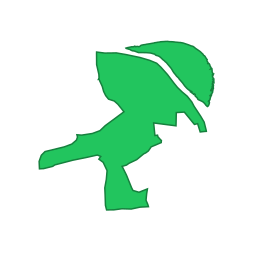 Waraq, Al Jizah, Egypt (orthographic projection), rotated 346°
{"feature_id": "37247803B78325352338503", "entity_name": "Waraq", "entity_type": "district", "adm_level": 2, "iso_a3": "EGY", "parent_name": "Egypt", "parent_adm1": "Al Jizah", "projection": "orthographic", "projection_center": [31.223, 30.097], "detail": "fine", "context": "isolated", "style": "filled", "palette": "green", "viewbox_px": 256, "rotation_deg": 346, "n_neighbors": 0, "source": "geoboundaries", "source_scale": "gbopen_adm2", "svg_char_len": 5356}
<svg xmlns="http://www.w3.org/2000/svg" viewBox="0 0 256 256"><g transform="rotate(346 128 128)"><path d="M132.1,191.8L123.1,193.0L117.7,189.8L117.0,186.7L115.1,173.3L113.0,163.8L117.6,163.6L120.4,162.5L128.8,160.8L136.1,157.3L136.9,156.9L139.3,156.4L142.2,155.2L145.9,151.9L156.7,150.2L157.4,148.1L157.0,147.7L154.9,143.8L154.9,142.1L152.3,141.8L154.1,129.3L175.1,137.5L178.6,124.7L186.5,126.2L193.3,140.6L196.6,140.6L196.7,142.3L197.1,149.3L201.6,149.9L203.2,150.2L203.3,149.1L203.3,140.7L201.4,134.3L197.4,123.0L196.2,118.1L193.1,111.4L189.3,106.2L185.8,100.6L183.5,95.7L179.2,85.6L174.6,76.9L171.5,72.1L165.4,67.6L156.7,62.5L143.9,56.3L134.8,52.3L127.8,50.7L127.2,50.5L125.3,50.1L123.9,49.8L115.9,46.7L115.6,47.7L112.9,58.9L112.7,69.0L112.0,72.5L111.2,73.5L111.6,73.5L113.1,81.5L113.2,86.6L114.2,91.2L116.1,95.3L121.2,98.5L124.0,102.6L128.0,111.3L106.5,120.2L100.2,123.8L92.1,124.7L81.3,123.7L76.8,122.2L76.8,124.6L75.0,127.3L69.6,130.0L61.5,130.9L41.8,130.8L37.3,133.5L33.7,138.9L32.2,146.2L36.3,147.0L45.7,147.0L48.0,146.1L66.8,145.9L79.9,146.5L91.7,146.8L94.7,149.0L92.2,151.2L95.6,155.3L97.4,164.3L94.5,172.7L91.0,180.5L89.6,187.4L87.4,197.6L87.4,202.3L94.6,204.0L102.6,204.9L111.5,207.4L120.6,207.7L128.8,209.3L128.7,206.8L128.0,202.5L130.2,196.3L132.1,191.8ZM151.7,54.5L152.0,54.4L153.3,55.2L155.9,57.0L156.5,57.4L159.0,58.0L163.9,59.3L167.5,60.5L168.2,60.8L169.1,61.3L170.9,62.4L171.5,62.6L171.9,63.0L172.2,63.6L172.3,63.8L173.0,64.4L174.3,65.1L174.9,65.5L175.5,66.0L176.1,66.7L176.6,67.3L178.5,70.3L179.6,71.6L180.1,72.6L180.9,73.6L181.3,74.3L181.8,75.4L184.1,80.1L184.8,82.0L185.1,83.2L185.8,85.3L186.2,86.2L187.0,87.8L187.6,89.3L187.9,89.8L188.7,91.0L189.1,91.7L189.3,92.1L189.6,93.2L190.2,94.2L191.9,97.6L192.8,99.9L193.3,101.1L193.9,102.1L194.0,102.4L194.2,102.8L195.1,104.3L195.9,105.4L196.5,106.1L197.2,106.6L197.2,107.6L197.3,108.0L197.5,107.9L197.7,107.7L198.0,107.6L198.3,107.7L198.4,107.9L198.4,108.2L198.7,108.2L198.8,108.4L198.3,108.9L198.3,109.0L198.5,109.5L199.0,109.9L199.2,110.1L199.7,110.8L199.7,111.2L199.8,111.2L200.0,111.2L200.4,111.0L200.6,110.9L201.1,111.4L201.3,111.7L201.3,111.9L201.1,112.4L200.9,112.6L200.8,112.8L201.1,113.5L202.3,115.3L202.5,115.9L202.7,116.9L202.9,117.3L203.3,117.7L204.1,118.3L206.1,119.9L207.2,121.0L207.6,121.6L208.0,122.3L208.5,123.2L209.1,124.7L210.2,126.4L210.4,126.4L211.0,126.1L211.3,125.9L211.6,125.6L212.1,125.0L212.5,124.4L213.0,123.4L213.2,123.0L213.1,122.8L212.9,122.5L212.9,122.4L213.1,122.1L213.2,121.9L213.1,121.7L212.6,121.4L212.8,121.2L213.0,121.1L213.4,121.2L213.5,121.2L213.9,120.6L214.4,120.4L214.4,120.1L215.0,119.0L215.7,117.8L216.2,117.2L215.7,116.9L215.5,116.7L215.2,116.4L215.0,116.0L215.6,116.5L215.8,116.7L216.4,116.9L216.6,116.8L216.8,116.6L217.2,115.8L217.2,115.6L216.9,115.4L217.2,115.1L217.5,115.1L217.8,114.7L218.2,114.4L218.3,114.1L218.7,113.8L219.0,113.4L219.0,113.2L218.9,112.8L218.8,112.6L218.4,112.3L218.1,112.2L217.7,112.0L217.4,111.9L217.3,111.7L217.5,111.2L217.8,111.2L218.4,111.4L218.8,111.5L219.0,111.5L219.2,111.3L219.6,111.5L219.6,111.4L219.5,111.2L218.7,110.2L218.8,109.9L219.0,109.8L219.5,110.4L219.8,110.6L220.0,110.6L220.3,110.6L220.4,110.4L220.5,110.2L220.5,109.7L220.6,109.4L220.6,109.2L220.4,109.0L219.9,108.7L219.7,108.5L219.6,108.4L219.8,108.2L220.1,108.1L220.3,108.2L220.6,108.4L220.8,108.4L221.1,107.8L221.1,107.6L220.9,107.4L220.5,107.3L220.4,107.3L220.3,107.1L220.4,106.9L220.6,106.9L221.2,107.2L221.3,107.1L221.3,106.9L221.3,106.7L220.6,106.4L220.4,106.2L220.4,105.9L220.6,105.4L220.8,105.0L221.1,104.8L221.3,104.7L221.5,105.0L222.1,105.2L222.3,105.1L222.3,104.9L222.2,104.7L221.2,103.4L221.0,103.1L221.3,103.3L222.4,104.0L222.5,104.0L222.5,103.9L222.7,103.0L222.9,102.1L222.2,101.9L222.1,101.7L222.9,101.6L223.0,101.6L223.0,101.3L222.8,100.9L223.1,100.8L223.1,100.7L222.8,100.5L222.8,100.2L222.5,99.9L222.5,99.7L222.5,98.0L222.6,97.7L222.9,97.6L223.0,97.8L223.2,97.6L223.1,97.2L223.6,96.8L223.7,96.7L223.0,96.7L222.9,96.6L223.0,96.5L223.5,96.0L223.7,95.8L223.6,95.7L223.5,95.3L223.4,94.9L223.2,94.1L223.2,93.8L223.3,93.7L223.3,93.4L223.3,93.0L223.6,92.4L223.6,91.5L223.8,91.1L223.8,90.9L223.7,90.6L222.7,90.7L222.4,90.7L222.9,90.3L223.0,90.1L223.2,89.9L223.2,89.7L223.1,89.2L222.7,87.8L222.6,87.1L222.6,86.7L222.6,86.1L222.5,85.9L222.4,85.5L222.2,85.2L221.8,84.8L221.1,84.9L221.0,84.7L221.4,84.4L221.5,84.1L221.4,83.7L221.0,82.4L220.9,81.8L220.9,81.5L221.3,80.9L221.4,80.7L221.0,80.1L220.9,79.9L220.1,77.3L219.8,76.6L219.6,76.3L219.1,76.0L219.0,75.9L218.9,75.7L218.7,74.9L218.6,74.5L217.8,73.3L217.2,72.4L216.9,71.8L215.7,70.3L213.0,67.3L212.4,66.5L211.7,65.5L210.9,64.6L210.3,64.2L209.3,63.7L206.8,61.9L203.2,59.6L202.3,59.0L201.0,58.4L199.5,57.7L198.4,57.4L196.2,56.6L194.9,56.2L193.5,55.6L191.8,55.0L189.0,54.2L187.3,53.5L186.8,53.4L186.0,53.2L183.7,52.8L180.5,52.2L179.7,52.2L179.0,52.2L178.0,52.0L176.2,51.9L175.2,51.8L174.6,51.7L173.8,51.8L171.2,51.6L169.3,51.5L166.4,51.2L164.8,51.2L163.7,51.0L161.2,50.9L160.8,50.9L160.4,51.0L159.5,51.5L159.0,51.7L158.4,51.7L157.9,51.6L157.1,51.2L156.7,51.1L156.3,51.0L155.6,51.0L154.6,50.8L154.5,50.7L154.5,50.3L154.3,50.2L153.9,50.3L153.0,50.5L152.7,50.5L152.4,50.5L151.8,50.2L151.5,50.1L146.8,49.9L145.6,50.0L145.3,50.0L145.4,50.3L145.9,50.6L149.2,52.5L149.3,52.7L149.4,52.9L149.6,53.1L149.9,53.4L150.6,53.9L151.4,54.4L151.7,54.5Z" fill="#22c55e" stroke="#15803d" stroke-width="1.5"/></g></svg>